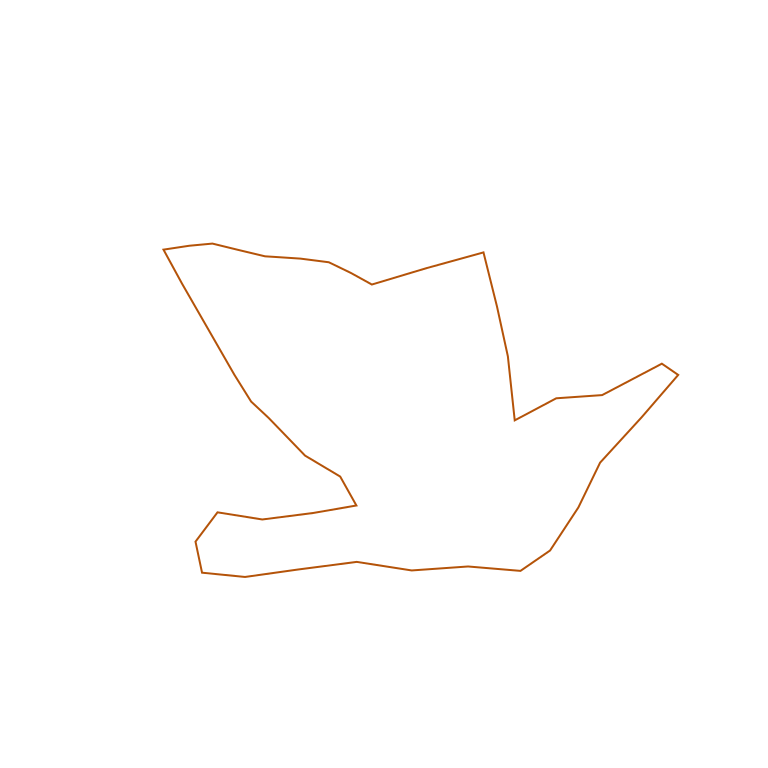 the district of Hazar, Balkan, Turkmenistan, rotated 238°
{"feature_id": "10190150B7816159308361", "entity_name": "Hazar", "entity_type": "district", "adm_level": 2, "iso_a3": "TKM", "parent_name": "Turkmenistan", "parent_adm1": "Balkan", "projection": "robinson", "projection_center": [53.382, 39.496], "detail": "fine", "context": "isolated", "style": "outline", "palette": "amber", "viewbox_px": 768, "rotation_deg": 238, "n_neighbors": 0, "source": "geoboundaries", "source_scale": "gbopen_adm2", "svg_char_len": 706}
<svg xmlns="http://www.w3.org/2000/svg" viewBox="0 0 768 768"><g transform="rotate(238 384 384)"><path d="M439.5,262.0L416.3,268.2L365.1,279.1L328.7,297.8L295.6,296.2L312.1,255.7L333.6,209.0L363.4,174.8L350.2,140.6L320.4,129.7L294.0,163.9L272.5,212.2L247.6,266.6L211.2,308.7L184.7,358.6L153.2,400.7L154.8,436.6L176.3,483.4L202.8,525.6L219.3,585.0L235.8,638.3L254.0,630.4L259.0,563.1L280.6,522.5L283.9,475.6L341.8,503.7L389.9,520.9L442.9,538.1L443.9,534.6L452.2,506.7L459.6,481.9L474.8,426.4L496.0,414.6L516.5,401.7L534.6,379.6L550.3,357.8L555.3,350.8L575.1,331.3L594.0,312.9L604.4,292.2L612.5,273.5L614.8,268.2L576.2,265.9L471.1,262.0L439.5,262.0Z" fill="none" stroke="#b45309" stroke-width="2"/></g></svg>